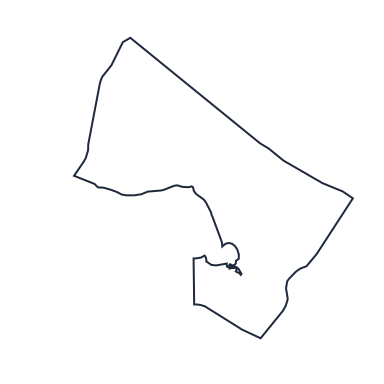 the Governorate of As Suways, rotated 125°
{"feature_id": "EGY-1536", "entity_name": "As Suways", "entity_type": "Governorate", "adm_level": 1, "iso_a3": "EGY", "parent_name": "Egypt", "parent_adm1": "", "projection": "robinson", "projection_center": [32.482, 29.608], "detail": "fine", "context": "isolated", "style": "outline", "palette": "slate", "viewbox_px": 384, "rotation_deg": 125, "n_neighbors": 0, "source": "natural_earth", "source_scale": "10m", "svg_char_len": 1551}
<svg xmlns="http://www.w3.org/2000/svg" viewBox="0 0 384 384"><g transform="rotate(125 192 192)"><path d="M245.5,152.6L244.9,151.6L240.7,147.1L236.8,145.2L237.7,143.1L239.6,141.1L240.7,140.4L240.6,134.3L238.3,130.1L230.7,122.5L232.4,121.3L233.1,120.3L232.9,119.3L231.9,118.1L232.9,117.7L233.3,117.3L232.9,116.9L231.9,116.5L231.1,115.2L230.3,114.1L229.2,113.0L228.9,112.2L229.1,111.6L229.7,111.1L230.5,110.8L231.9,110.6L231.9,109.3L231.4,107.7L231.4,106.4L231.9,104.5L230.7,104.5L228.3,109.8L228.1,112.1L228.6,113.8L229.6,115.0L230.5,116.6L230.7,119.5L229.4,119.5L228.9,116.7L227.5,115.3L225.4,115.2L223.1,116.5L220.0,115.4L216.4,117.7L213.3,121.7L211.7,125.4L211.4,129.4L212.6,132.6L215.2,134.9L219.3,135.9L216.0,138.7L200.6,160.9L199.7,162.6L197.8,164.7L192.5,174.7L191.4,178.2L191.3,187.2L190.2,190.9L187.6,193.9L187.6,195.5L189.6,197.1L191.7,200.1L193.4,203.1L194.9,207.7L196.9,210.0L206.2,216.2L208.6,218.3L217.1,228.5L222.8,232.1L228.1,237.7L232.5,244.0L234.4,248.2L235.1,253.6L237.0,260.7L239.4,267.4L242.0,271.3L242.0,272.7L241.3,276.5L246.4,297.9L228.6,298.1L225.1,298.5L217.5,301.0L212.3,304.4L156.0,329.7L152.0,331.0L149.2,331.6L134.3,330.7L108.9,334.6L101.1,331.0L113.1,164.2L112.4,154.1L113.8,134.7L109.9,90.1L105.1,68.9L104.9,56.6L171.1,54.3L187.0,55.6L192.4,59.2L195.0,60.3L198.2,61.3L207.7,62.8L210.0,62.8L211.0,62.6L216.4,60.0L217.2,59.5L224.4,52.5L225.9,51.7L231.8,49.9L237.5,49.4L272.5,51.9L276.0,72.1L278.3,116.2L279.9,120.8L281.5,123.7L282.9,125.7L245.5,152.6L245.5,152.6Z" fill="none" stroke="#1e293b" stroke-width="2"/></g></svg>